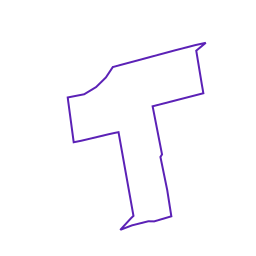 outline of Bujoru, Teleorman, Romania, rotated 283°
{"feature_id": "2599482B95855728618173", "entity_name": "Bujoru", "entity_type": "district", "adm_level": 2, "iso_a3": "ROU", "parent_name": "Romania", "parent_adm1": "Teleorman", "projection": "robinson", "projection_center": [25.511, 43.706], "detail": "fine", "context": "isolated", "style": "outline", "palette": "violet", "viewbox_px": 256, "rotation_deg": 283, "n_neighbors": 0, "source": "geoboundaries", "source_scale": "gbopen_adm2", "svg_char_len": 555}
<svg xmlns="http://www.w3.org/2000/svg" viewBox="0 0 256 256"><g transform="rotate(283 128 128)"><path d="M228.5,184.6L223.9,174.9L214.4,156.6L203.0,135.2L184.0,99.5L172.3,95.1L160.7,87.7L151.0,77.7L144.2,62.4L141.7,63.3L121.8,70.8L101.9,78.3L105.1,85.4L117.5,110.4L120.3,116.3L121.8,119.7L89.0,133.7L43.6,153.1L40.9,151.3L27.7,143.8L27.5,144.1L34.1,153.9L41.7,168.8L42.9,174.5L51.7,190.1L76.3,180.2L107.1,166.1L109.9,167.1L154.7,147.1L178.8,193.6L182.9,191.9L186.9,190.2L218.7,177.1L228.5,184.6Z" fill="none" stroke="#5b21b6" stroke-width="2"/></g></svg>